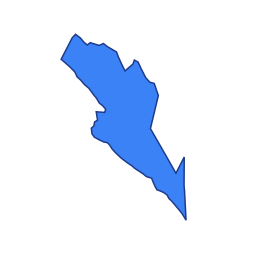 Altaneira, Ceará, Brazil, rotated 255°
{"feature_id": "56859067B38427988567016", "entity_name": "Altaneira", "entity_type": "district", "adm_level": 2, "iso_a3": "BRA", "parent_name": "Brazil", "parent_adm1": "Ceará", "projection": "orthographic", "projection_center": [-39.704, -6.984], "detail": "fine", "context": "isolated", "style": "filled", "palette": "blue", "viewbox_px": 256, "rotation_deg": 255, "n_neighbors": 0, "source": "geoboundaries", "source_scale": "gbopen_adm2", "svg_char_len": 1044}
<svg xmlns="http://www.w3.org/2000/svg" viewBox="0 0 256 256"><g transform="rotate(255 128 128)"><path d="M164.2,164.9L166.7,160.8L172.2,158.1L182.1,156.0L189.1,154.8L192.0,151.7L188.6,149.5L183.9,139.9L191.4,138.4L199.0,137.1L204.4,136.6L211.9,129.2L216.0,126.1L215.2,121.6L220.2,113.6L218.7,110.2L222.0,107.8L227.4,105.2L232.1,101.6L229.7,97.6L211.7,81.2L207.0,84.4L201.5,88.0L195.8,91.2L190.5,92.1L186.5,94.7L181.0,97.3L176.6,100.4L168.5,103.6L165.1,105.2L159.6,106.7L156.1,109.3L151.9,111.3L149.1,109.5L151.9,101.5L143.5,100.6L142.5,97.3L138.8,95.6L137.3,92.5L131.7,91.7L127.9,93.1L124.2,96.9L120.9,100.8L119.1,104.3L116.2,105.9L112.2,107.1L107.4,109.5L100.6,113.7L97.5,116.1L93.7,119.1L90.2,122.2L87.3,124.0L83.6,127.4L79.7,130.8L76.3,133.2L73.4,137.8L68.4,138.4L64.2,139.1L60.9,139.9L58.4,143.4L56.1,146.1L53.2,148.4L49.2,149.3L45.9,151.4L40.4,153.9L35.8,156.1L30.7,158.3L23.9,160.2L52.5,166.3L57.7,167.2L85.4,174.8L71.9,162.6L96.8,156.1L121.6,149.5L151.5,165.7L164.2,164.9Z" fill="#3b82f6" stroke="#1e3a8a" stroke-width="1.5"/></g></svg>